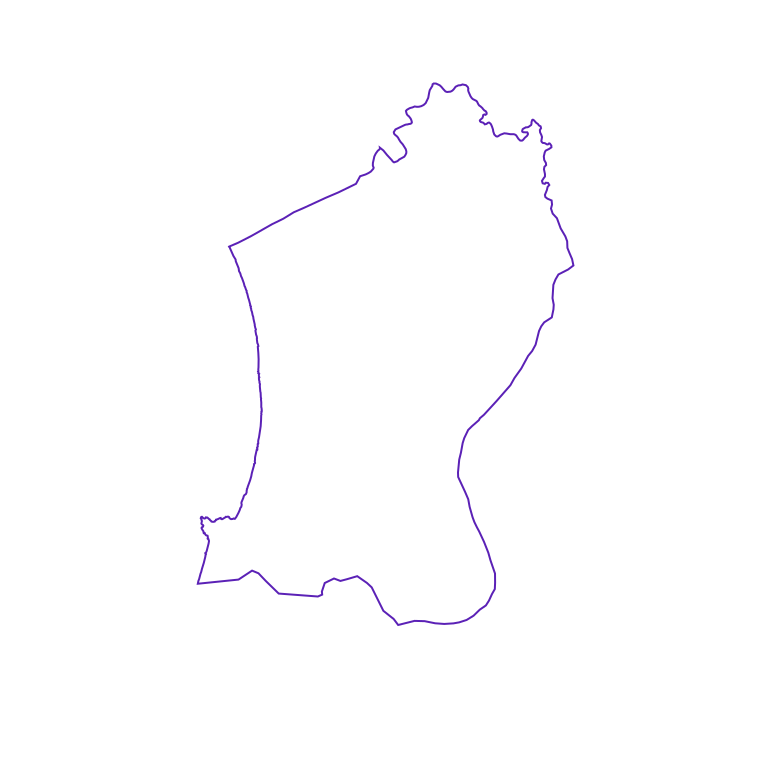 Kota Singkawang, Kalimantan Barat, Indonesia, rotated 334°
{"feature_id": "22746128B18670307275317", "entity_name": "Kota Singkawang", "entity_type": "district", "adm_level": 2, "iso_a3": "IDN", "parent_name": "Indonesia", "parent_adm1": "Kalimantan Barat", "projection": "natural_earth1", "projection_center": [108.996, 0.891], "detail": "fine", "context": "isolated", "style": "outline", "palette": "violet", "viewbox_px": 768, "rotation_deg": 334, "n_neighbors": 0, "source": "geoboundaries", "source_scale": "gbopen_adm2", "svg_char_len": 6166}
<svg xmlns="http://www.w3.org/2000/svg" viewBox="0 0 768 768"><g transform="rotate(334 384 384)"><path d="M637.9,240.1L636.5,240.5L635.6,240.2L634.1,238.0L632.3,236.8L631.9,235.6L631.9,234.6L634.3,231.3L634.6,229.0L634.6,226.2L635.4,224.1L637.3,222.9L637.7,221.1L636.6,219.5L636.3,217.7L635.3,216.0L634.4,212.8L633.7,211.7L632.9,211.7L631.3,213.4L630.7,214.7L629.8,215.7L626.4,216.3L625.1,216.0L624.1,215.5L621.1,215.6L620.3,215.8L619.0,217.2L619.0,218.1L619.7,218.9L623.1,220.6L623.2,221.8L622.7,222.8L621.3,223.7L618.6,224.4L616.2,225.5L615.1,225.8L613.9,225.4L613.1,224.8L612.3,222.6L611.8,218.5L611.2,217.4L610.2,216.4L606.8,214.7L604.1,212.7L602.0,211.4L597.8,211.0L595.4,211.3L594.6,211.3L594.0,211.1L593.3,210.4L592.5,208.1L592.9,204.9L593.5,203.1L593.9,200.1L594.0,197.6L593.8,196.5L593.0,195.0L591.7,194.8L590.2,195.2L588.4,194.8L588.1,193.5L587.6,192.5L585.9,191.0L585.5,190.1L585.7,189.1L586.3,188.8L589.0,188.1L590.1,187.1L591.0,185.8L592.3,185.7L593.3,186.6L594.7,186.2L595.2,184.9L594.9,183.1L594.2,182.4L593.5,180.1L593.4,179.2L592.5,176.9L591.6,175.3L591.4,173.8L591.4,171.0L591.1,170.0L588.7,166.8L588.2,165.4L587.9,163.3L588.1,158.2L588.5,156.6L589.3,155.5L589.5,153.7L588.6,151.3L585.9,149.2L583.8,149.0L581.7,148.2L578.7,148.2L575.8,149.7L574.0,150.3L572.0,150.4L568.7,149.2L567.5,148.0L566.6,145.1L565.8,141.9L565.0,139.9L562.5,136.8L560.4,135.7L559.1,135.9L558.2,137.2L554.0,139.9L552.5,141.7L549.2,146.2L544.6,149.8L541.9,150.6L539.2,150.6L536.9,150.1L535.1,149.3L533.2,148.0L531.0,147.9L528.5,147.4L527.0,147.4L524.7,147.6L523.4,148.2L522.9,150.5L522.8,151.7L523.1,153.1L523.7,154.2L524.3,157.1L524.2,159.1L523.8,161.0L522.9,161.7L521.6,161.7L520.5,161.3L518.9,161.0L517.6,160.5L516.4,160.3L505.9,160.2L503.2,161.9L502.8,163.5L503.2,164.9L504.2,167.1L504.6,168.6L504.7,170.9L505.0,173.6L505.9,176.8L506.5,182.4L506.1,184.6L505.3,186.2L503.9,187.4L501.9,188.6L496.0,188.9L494.6,189.4L493.4,189.6L490.2,189.2L489.4,187.8L489.2,186.4L487.1,179.4L485.8,173.8L483.9,169.8L483.6,170.7L482.2,171.3L480.7,171.6L477.7,173.2L475.1,175.2L470.9,180.5L469.7,182.8L469.5,185.1L468.7,185.9L465.3,187.3L462.6,187.6L459.4,187.6L453.6,186.8L446.6,191.8L427.0,191.8L413.2,191.1L389.9,190.6L378.2,190.1L365.9,191.3L353.6,191.3L329.5,192.8L314.8,193.1L305.0,192.6L305.0,193.2L305.3,193.6L305.1,194.4L304.8,203.1L305.2,207.0L304.6,208.7L304.1,216.2L303.2,218.9L303.3,221.6L302.8,224.3L302.8,226.5L302.2,232.0L301.6,234.9L301.7,235.7L301.3,238.9L301.4,240.1L300.8,241.1L300.7,242.9L299.8,246.9L299.5,249.3L298.5,254.2L298.1,254.7L298.1,255.2L298.4,255.7L298.4,256.0L297.6,257.0L297.6,258.2L297.1,259.3L296.9,261.5L296.1,264.4L295.9,266.3L295.3,268.0L293.9,273.9L293.6,274.4L292.9,277.2L292.8,278.8L291.8,279.7L290.7,283.5L290.5,285.5L289.9,287.3L289.5,287.6L288.1,291.7L288.1,293.1L287.7,294.9L286.9,295.2L284.7,300.9L282.2,306.7L278.5,314.0L277.4,315.8L276.9,317.1L276.2,317.6L276.4,318.5L275.7,319.3L276.2,320.2L275.8,320.5L275.0,322.0L274.9,323.4L274.6,323.6L274.3,323.6L273.7,324.9L273.3,326.3L273.2,327.2L272.6,328.3L272.5,329.7L271.8,330.8L271.2,332.1L269.5,336.6L269.3,337.7L267.4,342.1L267.3,343.0L266.8,343.6L265.6,346.8L263.5,351.1L263.4,352.1L263.0,352.8L262.7,354.0L262.2,354.5L262.1,355.0L261.6,355.2L261.5,355.8L260.8,356.5L260.5,357.7L259.9,358.3L257.6,362.7L254.7,367.8L248.3,377.1L246.4,379.4L245.7,380.5L244.9,382.4L244.7,382.6L244.3,382.5L243.8,383.2L243.2,384.8L242.6,385.3L242.2,385.3L241.9,385.7L241.8,386.7L241.3,387.6L241.1,387.7L240.7,387.4L236.1,393.2L235.2,394.8L234.8,395.7L234.0,396.7L233.5,398.5L232.8,398.9L232.0,399.0L231.6,400.0L226.2,406.1L224.2,408.8L221.3,412.0L216.5,416.6L215.7,417.6L214.7,418.3L214.5,418.9L213.9,419.5L212.9,421.3L211.6,422.4L209.8,422.7L208.7,423.4L207.7,424.6L204.2,427.7L203.6,428.5L203.2,430.1L201.9,431.8L200.5,432.5L199.0,434.1L196.6,436.1L192.9,438.8L190.9,439.8L190.4,439.6L190.0,439.0L188.6,438.9L187.3,438.4L186.6,437.4L186.3,436.6L186.4,435.7L186.2,435.4L185.7,434.8L184.3,434.5L183.6,434.0L182.8,434.3L179.5,434.6L178.8,434.3L178.5,434.0L178.5,432.8L177.8,432.6L175.1,432.6L173.5,432.3L173.2,432.8L171.9,433.0L171.6,433.4L170.5,433.2L169.5,432.7L168.6,432.0L168.5,431.1L168.0,430.2L167.9,429.1L167.6,428.9L166.7,426.6L165.4,425.8L164.8,426.4L163.8,426.3L162.8,425.4L162.2,423.6L161.7,423.4L161.1,423.6L160.4,424.4L160.6,425.7L160.3,426.5L160.3,427.3L158.7,429.4L158.8,430.4L159.4,431.3L159.5,432.1L158.8,432.9L157.4,433.0L156.9,433.4L156.8,433.8L156.9,436.0L157.1,437.0L157.0,438.0L156.6,438.6L156.6,439.1L157.5,439.4L157.4,440.8L157.8,442.0L158.9,443.0L158.8,443.6L158.3,445.0L157.7,445.6L157.7,445.9L158.2,446.3L157.9,448.4L156.4,450.5L151.4,456.4L149.9,457.7L149.2,457.7L149.1,458.3L149.4,458.9L148.5,459.7L147.7,460.9L143.6,465.8L139.3,470.4L137.3,472.8L135.9,474.1L132.4,478.2L130.7,479.8L129.1,481.9L167.5,496.0L183.6,493.9L188.2,499.1L191.4,509.2L197.5,526.2L231.4,546.0L236.1,546.2L237.2,543.3L243.5,536.9L253.8,536.9L258.5,541.9L265.1,543.2L275.7,545.0L281.5,555.4L283.8,561.4L284.0,587.6L289.7,599.5L291.1,606.8L307.6,610.3L316.6,615.0L325.1,621.5L333.0,626.1L341.5,629.6L347.1,631.2L354.8,632.3L363.0,631.5L371.2,628.8L378.5,627.7L383.4,624.7L389.0,620.1L393.7,616.9L396.7,611.4L400.7,603.0L402.4,589.2L403.8,581.4L404.7,569.7L404.9,558.3L404.7,553.5L404.7,547.8L405.2,542.6L407.1,532.0L409.2,524.5L409.6,516.3L409.9,500.1L411.7,496.0L418.5,484.9L423.0,479.5L428.8,471.6L432.4,467.8L439.5,462.2L444.5,460.5L453.4,458.1L455.2,456.8L460.3,455.5L477.6,448.7L497.1,440.5L503.9,435.8L514.1,430.3L525.9,421.9L531.6,419.3L537.5,415.1L546.6,404.3L550.6,401.1L555.0,398.8L564.0,397.7L569.0,391.2L571.3,387.2L573.1,380.7L579.7,369.1L584.0,365.2L588.8,362.0L599.7,361.8L606.2,360.5L607.8,354.2L608.1,347.9L608.5,342.1L611.2,336.0L611.7,330.8L611.0,321.6L612.1,310.8L610.3,304.8L611.0,299.5L613.7,296.4L615.1,292.5L612.1,289.0L611.0,286.7L611.5,284.6L615.5,281.0L617.4,278.6L619.8,277.6L619.6,275.2L617.6,274.0L616.3,274.6L614.6,273.2L615.0,270.7L617.6,269.1L619.6,268.1L620.7,265.9L621.9,261.1L623.4,259.1L625.7,258.3L626.4,256.3L626.2,252.9L627.4,249.5L630.0,246.3L631.6,245.1L635.4,245.1L638.2,244.7L638.9,243.1L638.5,240.7L637.9,240.1Z" fill="none" stroke="#5b21b6" stroke-width="2"/></g></svg>